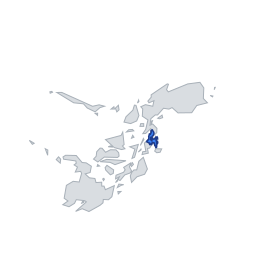 Camarines Sur highlighted on a map of Philippines, rotated 68°
{"feature_id": "PHL-2538", "entity_name": "Camarines Sur", "entity_type": "Province", "adm_level": 1, "iso_a3": "PHL", "parent_name": "Philippines", "parent_adm1": "", "projection": "mercator", "projection_center": [123.353, 13.672], "detail": "fine", "context": "in_parent", "style": "filled", "palette": "blue", "viewbox_px": 256, "rotation_deg": 68, "n_neighbors": 0, "source": "natural_earth", "source_scale": "10m", "svg_char_len": 6290}
<svg xmlns="http://www.w3.org/2000/svg" viewBox="0 0 256 256"><g transform="rotate(68 128 128)"><path d="M119.2,42.7L128.9,47.1L134.4,44.9L132.9,55.8L137.7,63.2L132.7,76.0L125.6,79.5L125.8,83.0L123.0,87.7L127.0,95.7L126.1,97.8L127.9,103.3L133.7,106.6L133.5,103.6L139.1,101.3L143.1,103.1L145.3,109.0L147.9,107.8L148.2,104.8L154.7,107.8L154.5,109.4L151.2,110.4L154.7,115.4L154.3,117.6L158.9,118.6L157.9,124.9L155.5,123.2L156.4,120.2L148.1,118.5L146.1,113.1L138.7,106.9L137.1,107.1L139.7,113.7L138.8,116.4L135.9,112.1L128.0,106.5L122.4,110.3L115.8,107.2L113.1,108.2L112.9,103.1L117.1,96.9L112.4,93.7L112.5,99.1L110.5,99.5L108.1,94.9L105.9,94.1L101.8,75.1L102.6,74.1L106.9,77.9L109.6,77.1L109.5,56.2L112.6,44.2L119.2,42.7ZM176.3,162.3L185.7,168.7L187.2,173.0L185.0,177.7L188.0,179.2L189.2,182.9L190.8,195.5L185.7,200.7L185.7,207.8L180.9,194.3L179.2,195.3L175.1,202.8L177.8,205.8L178.9,212.2L174.7,217.2L173.2,211.0L169.2,213.5L158.1,206.6L156.9,198.8L159.8,193.5L152.7,188.0L150.5,188.1L149.1,193.4L145.3,189.5L142.0,191.8L141.3,189.2L139.0,188.7L132.8,199.4L130.5,199.1L129.9,196.1L134.1,186.3L142.8,183.5L144.7,179.8L149.7,176.3L155.1,179.8L154.5,184.9L159.7,182.5L162.4,177.6L166.6,178.1L168.4,172.7L172.0,174.1L172.9,172.0L176.7,172.1L176.3,162.3ZM148.2,168.7L143.9,171.6L142.3,168.1L138.3,165.9L136.2,161.4L137.1,159.6L142.1,157.9L141.6,152.4L143.8,147.3L147.4,145.9L150.7,146.8L151.4,148.7L146.1,160.9L148.2,168.7ZM173.3,125.4L177.1,129.9L176.6,137.9L179.8,145.1L173.2,143.8L170.6,141.2L169.1,138.3L170.1,135.6L162.9,130.4L160.9,124.8L173.3,125.4ZM129.8,134.4L141.9,137.8L142.6,139.9L146.1,138.6L145.6,142.0L141.0,148.1L130.3,153.2L132.3,137.2L129.8,134.4ZM84.3,168.9L68.4,180.7L70.2,176.1L94.6,152.7L95.7,146.1L99.0,141.6L98.6,146.4L100.7,152.4L94.2,158.3L88.9,160.2L84.3,168.9ZM110.0,112.1L120.5,113.2L124.7,117.3L124.9,123.9L121.0,129.5L116.8,125.6L113.3,116.8L109.2,113.5L110.0,112.1ZM164.6,141.2L169.2,140.8L170.5,143.0L170.3,148.6L173.7,155.0L172.0,156.6L170.0,154.2L170.5,158.6L167.3,156.8L167.4,148.7L165.7,146.3L162.9,146.8L161.4,138.6L164.6,141.2ZM148.8,166.4L149.1,159.5L157.6,142.1L157.1,153.8L153.2,157.4L148.8,166.4ZM164.8,161.9L158.7,164.4L156.2,164.1L154.7,161.5L161.5,157.0L164.6,158.7L164.8,161.9ZM147.1,124.6L157.6,132.9L157.7,135.7L150.2,129.5L146.1,133.4L147.1,124.6ZM161.7,110.6L159.4,111.9L157.6,110.1L160.0,104.6L162.5,107.3L161.7,110.6ZM135.2,204.0L130.4,206.4L128.7,203.2L131.7,202.1L135.2,204.0ZM103.3,128.4L107.8,129.5L108.9,132.3L104.9,132.3L103.3,128.4ZM129.8,111.8L132.4,112.8L131.0,116.3L128.7,114.6L129.8,111.8ZM118.4,210.6L123.2,212.7L116.2,212.5L118.4,210.6ZM179.2,160.2L176.6,157.5L178.9,153.2L178.6,155.8L179.2,160.2ZM132.8,123.7L131.1,131.0L129.9,128.0L131.0,124.4L132.8,123.7ZM107.0,220.7L107.3,222.8L102.5,224.1L107.0,220.7ZM131.4,92.0L131.2,95.4L130.1,96.8L128.8,91.6L131.4,92.0ZM140.1,149.2L138.0,153.4L138.0,151.0L140.1,149.2ZM105.3,133.5L104.1,136.6L103.0,133.1L105.3,133.5ZM165.0,139.2L163.4,139.3L161.8,136.9L163.8,136.6L165.0,139.2ZM138.8,125.9L138.8,128.6L136.5,126.4L138.8,125.9ZM185.5,161.7L183.1,161.2L184.2,158.3L185.5,161.7ZM144.6,117.5L148.8,123.1L143.4,117.6L144.6,117.5ZM104.9,151.5L102.1,153.0L102.9,150.6L104.9,151.5ZM152.6,168.6L152.0,171.0L150.5,169.8L152.6,168.6ZM153.3,124.3L154.2,127.5L152.1,123.4L153.3,124.3ZM66.6,187.1L65.2,186.9L65.5,184.9L66.6,184.6L66.6,187.1ZM167.6,170.4L165.8,170.6L165.6,169.3L166.7,169.1L167.6,170.4ZM180.4,199.2L179.1,197.8L179.5,196.3L180.4,197.0L180.4,199.2ZM107.6,108.0L108.4,109.9L106.1,107.7L107.6,108.0ZM173.2,157.5L173.9,160.0L171.9,157.0L173.2,157.5ZM130.8,38.0L128.6,39.6L130.2,37.3L130.8,38.0ZM133.2,105.0L130.4,103.5L130.4,102.5L133.2,105.0ZM123.0,31.9L124.8,33.7L122.8,32.5L123.0,31.9Z" fill="#d9dde1" stroke="#a8b0b8" stroke-width="1"/><path d="M144.6,108.0L144.7,108.6L144.9,108.9L145.2,109.1L145.4,109.4L145.5,109.4L145.8,109.2L146.1,109.2L146.8,109.3L146.9,109.2L147.3,109.1L147.5,109.0L147.9,108.4L148.0,108.3L148.1,108.2L148.0,107.9L147.9,107.4L147.7,107.1L147.7,106.9L148.1,106.6L148.3,106.4L148.3,106.2L148.4,105.9L148.3,106.0L148.1,106.4L148.0,106.5L147.8,106.5L147.7,106.5L147.1,106.1L146.9,105.9L146.9,105.7L147.0,105.6L147.3,105.4L147.1,105.3L147.4,105.2L147.3,104.7L147.7,104.7L148.1,104.9L147.9,104.6L148.3,104.7L148.3,104.3L148.5,104.3L148.6,104.5L148.7,105.0L148.5,105.4L148.8,105.2L149.0,105.1L148.9,105.5L149.1,105.4L149.2,105.5L149.4,106.1L149.3,106.3L149.4,106.6L149.5,106.7L149.5,106.9L149.6,106.7L149.8,106.4L149.8,106.1L150.1,106.2L150.3,106.3L150.4,106.7L151.0,106.6L152.0,107.0L152.9,107.2L153.3,106.5L153.6,107.0L154.0,107.4L154.5,107.8L155.5,108.2L155.5,108.3L156.0,108.4L156.3,108.5L156.4,108.9L156.7,109.1L156.7,109.3L156.6,109.5L156.4,109.3L156.3,109.2L156.2,109.1L156.1,109.3L155.9,109.2L155.7,109.1L155.2,109.1L154.9,109.4L154.7,109.7L154.4,109.8L154.2,109.8L153.7,109.5L153.0,109.4L152.7,109.4L152.6,109.5L152.2,109.5L151.9,109.3L151.7,109.3L151.3,109.5L150.9,110.6L150.9,110.9L151.0,110.9L151.0,111.0L151.0,111.3L151.0,111.5L151.3,111.4L151.8,111.9L151.6,111.9L151.4,112.0L151.2,112.1L151.1,112.3L151.3,112.5L151.5,112.6L151.6,112.8L151.7,113.1L151.8,113.4L151.7,113.7L151.6,114.0L151.4,114.1L151.2,114.1L150.5,113.9L150.5,114.0L150.4,114.0L150.1,114.1L149.8,114.0L147.9,115.7L147.8,115.8L147.7,115.6L147.2,115.3L147.0,115.1L147.0,114.9L146.9,114.7L146.5,114.2L146.6,113.9L146.5,113.4L146.2,113.0L145.9,112.9L145.5,112.8L144.9,112.3L144.5,112.2L144.3,112.2L144.0,112.1L143.8,112.0L143.6,112.0L143.3,111.7L142.5,111.1L142.3,111.0L142.2,110.9L141.8,110.4L141.6,110.3L142.2,109.7L141.6,109.0L141.3,108.7L140.9,108.5L140.9,108.4L141.0,108.4L140.8,108.2L140.6,108.1L140.1,108.0L140.0,107.9L139.8,108.0L139.6,108.0L139.3,107.8L139.4,107.7L139.5,107.7L139.1,107.1L138.9,107.0L138.7,106.9L138.5,106.6L138.4,106.5L138.2,106.5L138.3,106.5L139.0,106.1L140.8,105.9L141.6,105.7L142.8,106.0L143.0,106.1L143.2,106.3L143.3,106.4L144.0,107.0L144.2,107.3L144.4,107.7L144.6,107.9L144.6,108.0ZM147.1,111.4L148.8,110.7L147.8,110.1L147.0,110.4L145.8,110.7L147.1,111.4ZM152.7,106.1L152.8,106.1L152.8,106.3L152.7,106.4L152.1,106.8L152.0,106.7L151.9,106.7L151.8,106.4L151.9,106.2L152.0,106.3L152.0,106.2L152.1,106.3L152.1,106.2L152.3,106.2L152.5,106.2L152.4,106.0L152.3,105.9L152.5,105.9L152.6,106.0L152.7,106.1Z" fill="#3b82f6" stroke="#1e3a8a" stroke-width="1.5"/></g></svg>